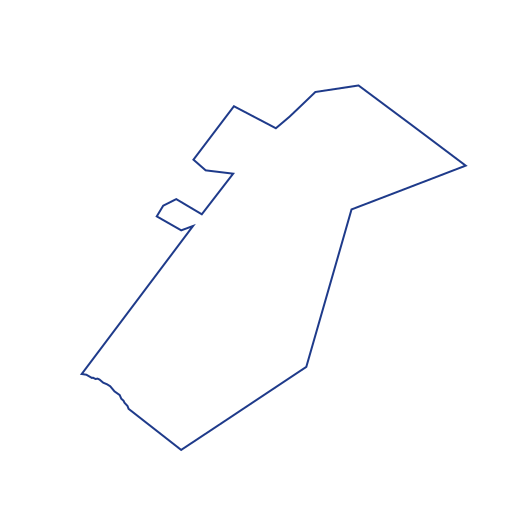 outline of Mendi/Munihu District, Southern Highlands, Papua New Guinea, rotated 128°
{"feature_id": "67681753B89276068446522", "entity_name": "Mendi/Munihu District", "entity_type": "district", "adm_level": 2, "iso_a3": "PNG", "parent_name": "Papua New Guinea", "parent_adm1": "Southern Highlands", "projection": "orthographic", "projection_center": [143.709, -6.035], "detail": "fine", "context": "isolated", "style": "outline", "palette": "blue", "viewbox_px": 512, "rotation_deg": 128, "n_neighbors": 0, "source": "geoboundaries", "source_scale": "gbopen_adm2", "svg_char_len": 666}
<svg xmlns="http://www.w3.org/2000/svg" viewBox="0 0 512 512"><g transform="rotate(128 256 256)"><path d="M454.9,262.3L454.9,195.6L406.5,179.4L312.4,148.1L272.7,164.1L190.4,197.3L160.5,209.4L100.5,173.3L55.7,146.4L56.9,210.7L58.5,280.2L90.2,310.2L112.5,313.4L125.9,315.4L143.1,319.0L151.6,365.6L218.6,364.6L219.5,348.4L205.2,324.7L256.5,324.4L260.3,353.9L273.5,360.1L285.9,358.6L281.8,330.7L271.1,324.1L456.3,320.7L454.0,316.6L453.1,310.2L452.3,309.6L451.7,306.7L450.2,305.4L449.7,303.2L449.9,298.4L448.8,294.4L448.4,290.7L449.8,284.2L449.5,277.8L451.4,274.3L451.6,271.3L452.6,269.3L453.3,264.9L454.9,262.3Z" fill="none" stroke="#1e3a8a" stroke-width="2"/></g></svg>